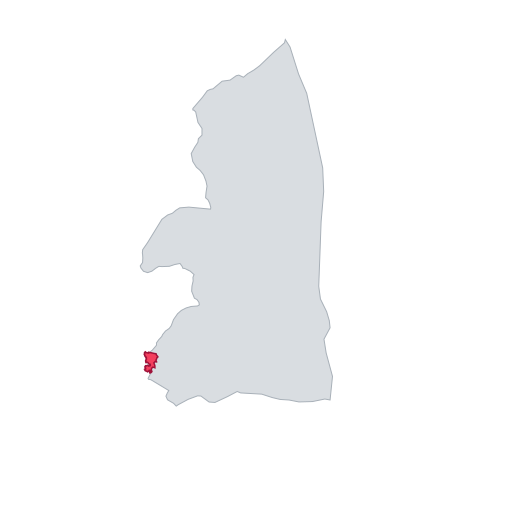 Quardu Boundi, Lofa, Liberia shown in context, rotated 230°
{"feature_id": "62588387B13670701840793", "entity_name": "Quardu Boundi", "entity_type": "district", "adm_level": 2, "iso_a3": "LBR", "parent_name": "Liberia", "parent_adm1": "Lofa", "projection": "orthographic", "projection_center": [-9.634, 8.375], "detail": "fine", "context": "in_parent", "style": "filled", "palette": "rose", "viewbox_px": 512, "rotation_deg": 230, "n_neighbors": 0, "source": "geoboundaries", "source_scale": "gbopen_adm2", "svg_char_len": 3932}
<svg xmlns="http://www.w3.org/2000/svg" viewBox="0 0 512 512"><g transform="rotate(230 256 256)"><path d="M98.1,220.2L102.2,216.8L108.2,205.7L116.6,195.1L124.4,188.8L130.6,182.3L137.2,177.4L146.5,171.6L160.9,156.3L164.3,154.5L166.6,143.9L170.2,130.4L174.3,126.2L184.1,123.8L186.4,121.4L189.8,111.9L192.1,100.8L192.3,98.4L196.1,98.2L202.7,95.8L206.5,96.9L208.1,100.1L209.0,102.7L228.9,95.9L230.6,94.4L231.7,94.7L234.2,100.9L235.6,100.5L236.8,98.7L238.1,98.5L239.7,99.4L241.2,102.3L243.8,104.9L248.1,106.7L250.8,109.2L250.5,115.9L251.6,122.4L253.4,123.9L254.4,127.7L254.9,132.0L255.9,134.2L256.7,138.5L256.3,143.1L257.1,146.3L260.3,151.9L262.2,158.9L262.3,163.9L261.1,169.1L259.0,173.9L255.3,179.1L255.0,181.2L257.2,182.5L260.5,182.8L263.3,181.7L270.4,184.1L274.1,187.6L277.3,191.8L280.2,194.0L281.6,196.6L286.6,195.9L292.4,193.3L293.6,192.1L295.3,192.7L299.1,193.0L301.7,188.3L303.8,183.0L308.3,177.2L310.5,174.9L311.1,171.2L311.3,166.5L312.9,162.3L316.6,160.0L320.6,160.1L322.8,160.9L323.9,164.9L327.2,168.0L329.9,170.0L331.4,170.9L333.7,173.3L335.9,181.4L344.6,207.5L344.2,214.7L342.5,219.4L342.5,224.0L341.9,228.5L336.6,236.0L321.1,251.3L322.3,252.6L326.1,254.4L329.8,255.3L333.0,254.8L336.8,258.6L341.0,263.4L345.5,265.8L351.9,268.0L357.5,268.2L362.3,267.4L369.0,268.3L376.1,272.2L378.7,278.8L380.4,284.5L382.9,287.3L383.3,292.3L388.4,296.6L395.6,297.4L405.1,302.4L407.4,302.2L408.5,301.5L409.6,302.5L412.0,317.1L413.9,324.9L413.0,328.1L411.7,330.5L411.7,342.4L407.4,349.2L406.8,356.7L405.6,359.1L401.0,361.3L401.0,367.0L399.8,374.0L399.4,381.3L400.7,400.5L401.0,414.9L403.0,417.6L394.2,416.4L368.1,405.6L348.0,399.4L280.6,363.7L261.9,349.3L240.4,327.9L192.5,284.6L181.6,277.7L167.9,274.3L159.4,270.6L153.4,266.6L148.6,254.6L136.6,247.4L114.6,237.2L98.1,220.2Z" fill="#d9dde1" stroke="#a8b0b8" stroke-width="1"/><path d="M251.1,112.0L250.9,111.9L250.6,111.4L250.9,111.1L251.3,111.1L251.5,110.6L252.1,110.2L252.7,109.7L253.0,109.7L253.0,109.4L253.7,109.6L253.8,109.0L253.6,108.4L253.0,107.8L252.6,107.6L252.3,107.1L252.1,107.2L251.6,107.1L251.3,106.8L251.0,106.6L250.5,106.8L250.1,106.5L249.6,106.7L249.4,106.8L249.2,106.5L248.8,106.7L248.4,106.6L248.1,106.3L248.0,106.0L248.0,105.8L247.9,105.7L247.5,105.7L247.5,105.3L247.3,105.1L246.9,104.8L246.9,104.3L246.3,103.9L246.1,103.7L245.8,103.8L245.5,103.5L245.1,103.1L244.9,103.2L245.0,103.7L245.1,104.0L244.6,104.4L244.2,104.5L243.8,104.8L243.7,104.8L243.2,104.6L242.7,104.6L242.3,104.6L241.9,104.8L241.7,104.7L241.3,105.0L241.1,104.9L240.9,105.3L240.8,105.2L240.6,104.8L240.3,104.7L240.0,104.6L240.0,104.3L240.4,104.0L240.3,103.7L240.7,103.0L241.0,103.1L241.4,102.8L241.9,102.5L242.0,102.4L242.1,102.2L242.3,101.6L242.9,101.1L243.0,100.9L242.7,100.1L242.3,100.2L242.2,99.8L242.3,99.5L241.6,99.3L241.1,99.3L240.8,99.3L240.5,99.4L240.5,99.5L240.4,99.2L240.5,99.1L240.7,98.6L240.9,98.0L240.9,97.9L240.4,98.0L240.2,98.0L240.0,97.6L239.9,97.6L239.7,97.4L239.3,97.4L239.0,97.5L238.8,97.7L238.6,97.8L238.4,97.9L238.1,98.1L237.8,98.3L237.4,98.5L237.1,98.4L237.0,98.8L237.0,99.1L236.8,99.4L236.9,99.7L236.7,100.0L236.7,100.4L237.0,100.7L236.9,100.8L236.8,101.1L236.3,101.4L236.1,101.7L235.8,102.0L235.5,102.0L235.0,101.9L235.1,101.6L235.6,101.1L235.7,100.6L235.5,100.3L235.2,99.9L234.9,100.2L234.7,99.9L234.5,99.7L234.3,100.2L234.2,100.6L234.2,101.1L234.3,101.8L234.4,102.0L234.6,102.2L235.5,102.3L236.0,102.5L236.4,103.0L236.2,103.0L236.4,103.0L236.9,103.7L236.9,103.8L237.1,104.3L237.1,104.5L237.2,105.1L237.2,105.3L237.1,105.6L236.5,106.0L236.4,106.1L235.6,106.6L235.4,106.7L236.2,107.4L237.0,108.0L237.9,108.4L238.8,108.7L239.8,109.1L239.9,110.2L240.0,110.7L239.5,111.1L238.9,111.5L238.8,111.8L239.4,112.0L240.5,112.4L240.8,113.0L241.0,113.4L241.0,113.5L241.2,114.0L241.6,114.4L241.8,114.9L241.7,115.7L241.8,115.9L241.8,116.0L242.3,116.1L243.7,116.1L244.2,116.1L244.8,116.4L245.4,116.6L246.6,115.5L249.1,113.6L251.1,112.0Z" fill="#f43f5e" stroke="#9f1239" stroke-width="1.5"/></g></svg>